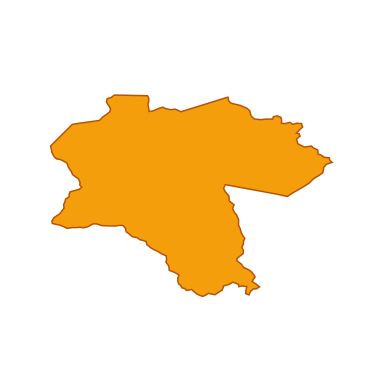 Guapó, Goiás, Brazil, rotated 254°
{"feature_id": "56859067B33322565088724", "entity_name": "Guapó", "entity_type": "district", "adm_level": 2, "iso_a3": "BRA", "parent_name": "Brazil", "parent_adm1": "Goiás", "projection": "equal_earth", "projection_center": [-49.596, -16.918], "detail": "fine", "context": "isolated", "style": "filled", "palette": "amber", "viewbox_px": 384, "rotation_deg": 254, "n_neighbors": 0, "source": "geoboundaries", "source_scale": "gbopen_adm2", "svg_char_len": 2650}
<svg xmlns="http://www.w3.org/2000/svg" viewBox="0 0 384 384"><g transform="rotate(254 192 192)"><path d="M254.2,79.8L249.9,80.0L244.8,81.6L241.5,82.1L238.8,84.1L235.9,86.5L231.9,87.0L229.7,86.0L227.2,87.4L225.7,84.4L225.7,79.7L225.8,74.9L223.7,73.2L221.2,72.6L220.1,68.6L217.6,67.1L215.2,65.1L211.8,64.6L209.5,61.5L207.4,58.6L206.6,55.8L205.4,52.3L202.7,49.3L200.3,49.1L198.6,51.9L196.5,56.0L194.1,59.0L191.4,62.0L190.9,66.6L189.8,70.6L189.0,74.5L187.4,78.1L187.4,82.8L188.6,88.0L187.8,91.2L184.5,96.2L183.0,100.7L181.7,104.8L180.4,109.2L179.9,113.5L178.7,116.6L175.3,118.1L171.9,117.8L168.7,120.2L165.4,122.4L163.4,126.5L160.5,128.8L159.0,131.4L157.0,134.3L154.0,134.0L149.9,136.9L146.5,140.0L144.9,142.2L141.1,145.6L137.8,149.5L134.6,149.2L131.6,147.6L128.5,148.9L126.3,149.2L123.0,148.5L119.2,153.5L115.8,156.6L113.2,154.6L110.2,153.8L107.4,153.8L105.2,155.4L102.7,155.8L101.2,158.4L98.9,159.6L98.4,164.7L95.0,166.9L92.4,168.7L88.8,173.2L88.9,176.1L90.1,179.7L88.6,182.5L86.9,185.8L88.3,190.0L89.3,193.9L92.9,196.5L93.0,202.2L94.0,206.3L92.3,208.9L90.2,211.3L88.1,210.9L87.8,214.6L86.0,218.6L83.0,216.9L79.6,215.6L77.4,218.3L80.3,220.9L81.9,224.3L81.2,227.2L82.2,230.8L86.0,228.1L89.5,225.1L92.9,229.2L95.6,228.5L98.3,227.5L101.4,225.3L105.3,220.8L109.2,219.5L113.7,216.0L115.8,217.2L118.8,224.4L121.8,225.3L125.0,224.6L128.0,227.2L130.7,228.1L132.7,230.0L135.9,228.8L139.7,228.1L143.1,228.2L147.5,227.6L152.5,229.2L157.9,228.5L160.2,227.3L164.9,226.4L168.1,228.9L173.1,225.4L178.0,226.4L182.7,224.2L186.6,223.3L189.9,226.0L166.7,272.6L161.4,282.6L162.7,286.1L166.2,300.1L168.3,307.2L170.8,311.6L172.1,315.3L172.7,318.2L174.5,323.1L179.5,325.6L181.6,328.9L181.8,334.9L184.7,333.1L187.0,333.5L189.0,328.5L191.7,326.5L193.8,323.6L197.7,324.5L201.2,320.6L203.2,319.6L204.2,312.6L206.2,310.2L209.3,307.0L214.0,307.0L215.9,311.3L218.5,311.0L219.7,308.6L222.3,312.9L224.0,316.3L227.6,316.1L229.3,311.5L229.2,307.6L232.0,305.3L232.0,301.0L233.3,296.9L236.5,298.0L239.3,298.0L241.7,295.0L241.9,290.9L239.9,289.7L241.7,283.1L242.5,278.3L244.8,272.4L247.6,270.3L250.1,269.7L253.9,270.0L257.3,268.0L259.4,265.3L262.0,262.2L264.0,258.6L266.5,254.1L269.3,252.4L273.3,252.7L272.2,203.4L276.2,198.9L277.0,194.2L279.1,190.2L281.6,187.1L281.6,183.6L281.0,179.6L280.7,176.6L281.2,173.0L284.5,173.5L288.4,173.8L291.6,175.7L294.1,176.2L296.8,175.8L306.6,144.1L305.2,140.5L305.1,136.1L302.1,134.6L299.7,135.1L297.1,136.0L294.1,136.6L291.6,134.8L290.0,130.6L288.5,126.5L286.3,122.7L289.2,102.3L290.0,95.6L275.2,68.8L272.1,68.6L268.9,68.2L265.8,68.8L263.2,69.5L261.0,71.2L259.8,73.9L257.5,76.6L254.2,79.8Z" fill="#f59e0b" stroke="#b45309" stroke-width="1.5"/></g></svg>